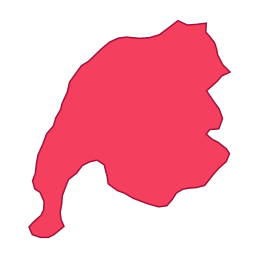 outline of Stylloi, Cyprus, rotated 86°
{"feature_id": "46923920B22969958505776", "entity_name": "Stylloi", "entity_type": "district", "adm_level": 2, "iso_a3": "CYP", "parent_name": "Cyprus", "parent_adm1": "", "projection": "natural_earth1", "projection_center": [33.836, 35.162], "detail": "fine", "context": "isolated", "style": "filled", "palette": "rose", "viewbox_px": 256, "rotation_deg": 86, "n_neighbors": 0, "source": "geoboundaries", "source_scale": "gbopen_adm2", "svg_char_len": 1194}
<svg xmlns="http://www.w3.org/2000/svg" viewBox="0 0 256 256"><g transform="rotate(86 128 128)"><path d="M79.3,22.3L71.5,29.1L61.0,33.6L55.5,34.1L48.8,35.8L42.2,40.3L37.7,43.7L28.9,42.6L29.4,52.1L29.4,61.7L24.4,70.7L30.0,79.1L37.2,90.3L39.4,100.4L39.4,110.0L37.2,123.5L37.7,131.4L41.0,140.3L47.1,148.8L52.7,155.5L58.8,162.8L62.6,170.1L68.7,175.2L78.2,183.1L87.6,185.9L99.2,192.1L104.7,193.8L113.0,199.4L120.8,202.2L128.0,209.5L138.0,214.0L148.5,219.6L157.3,221.9L166.8,223.6L174.0,226.9L182.3,225.2L186.1,220.2L195.6,216.8L203.9,217.9L208.9,220.7L215.5,229.2L219.9,233.7L227.7,230.9L231.0,223.0L231.6,215.1L229.3,209.5L221.7,198.7L214.9,201.1L207.7,201.6L198.9,199.4L191.1,198.3L184.5,195.4L175.1,190.9L169.5,182.5L162.3,176.3L159.0,168.5L157.9,161.1L162.9,154.4L174.5,152.2L182.3,151.6L189.5,143.2L192.8,135.9L198.3,128.0L202.2,119.6L205.5,112.2L208.8,102.7L208.3,94.8L202.8,89.2L196.1,84.1L192.8,77.4L192.2,70.1L192.2,63.9L190.6,55.5L185.0,50.4L180.0,45.9L174.5,40.3L168.4,32.4L160.7,28.5L155.7,31.3L148.5,39.2L145.2,44.8L139.6,50.4L135.2,46.5L135.2,37.5L125.2,33.0L115.3,35.8L108.1,40.3L96.4,47.1L87.6,35.8L82.6,30.8L79.3,22.3Z" fill="#f43f5e" stroke="#9f1239" stroke-width="1.5"/></g></svg>